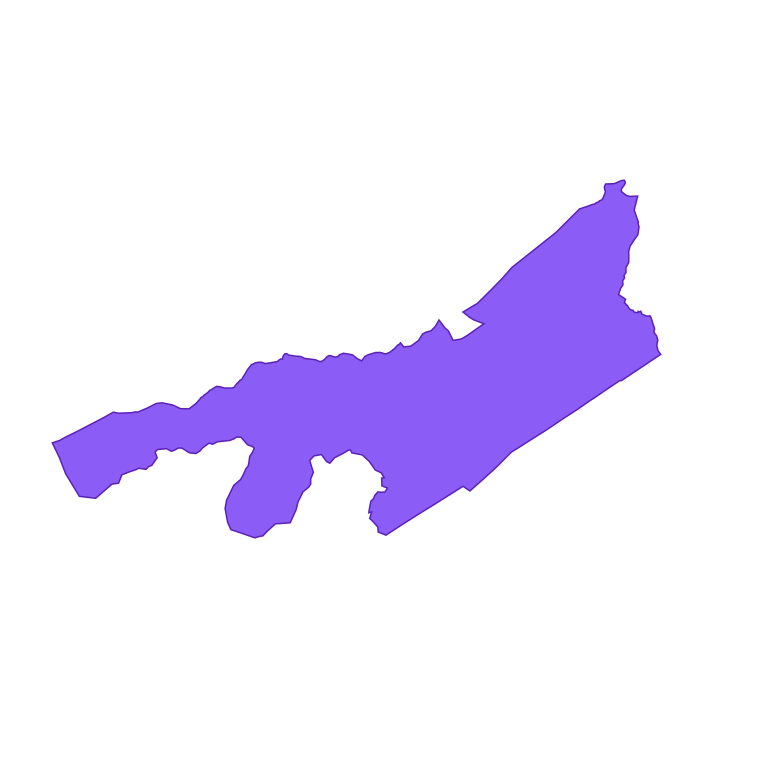 Epe, Lagos, Nigeria, rotated 146°
{"feature_id": "59680162B97817900806996", "entity_name": "Epe", "entity_type": "district", "adm_level": 2, "iso_a3": "NGA", "parent_name": "Nigeria", "parent_adm1": "Lagos", "projection": "mercator", "projection_center": [3.96, 6.53], "detail": "fine", "context": "isolated", "style": "filled", "palette": "violet", "viewbox_px": 768, "rotation_deg": 146, "n_neighbors": 0, "source": "geoboundaries", "source_scale": "gbopen_adm2", "svg_char_len": 4747}
<svg xmlns="http://www.w3.org/2000/svg" viewBox="0 0 768 768"><g transform="rotate(146 384 384)"><path d="M461.6,257.5L451.7,257.4L443.4,257.2L430.3,256.8L424.0,256.6L408.9,256.0L392.4,255.5L390.7,255.4L385.3,255.3L381.5,255.2L375.7,255.0L375.1,253.6L372.6,247.3L363.6,248.5L363.4,248.5L355.8,249.5L341.7,251.5L334.2,252.8L318.3,256.0L316.7,256.3L309.1,256.0L305.1,255.9L296.3,255.7L279.1,255.2L274.9,255.1L254.7,255.1L245.6,254.9L237.1,254.8L222.6,255.0L216.4,254.9L201.4,255.0L193.0,255.0L186.9,255.0L185.1,254.0L184.4,254.0L172.8,254.0L159.6,253.9L138.1,253.8L138.2,258.4L136.4,263.1L134.7,265.2L132.6,267.0L131.0,271.7L131.3,273.3L131.2,276.3L130.5,276.7L130.2,277.5L129.1,277.9L128.3,279.6L127.6,282.6L125.4,290.0L125.3,291.1L125.5,292.1L127.0,292.4L128.2,293.5L130.0,295.9L131.2,298.1L130.6,299.3L130.5,300.7L131.4,300.7L131.8,301.0L132.0,301.2L132.7,302.1L133.1,301.2L133.9,301.4L134.5,301.8L135.4,302.8L136.2,303.5L136.4,304.0L136.5,304.4L136.4,304.9L136.3,305.8L137.4,306.9L137.7,307.1L138.0,307.8L138.4,308.9L138.6,309.2L138.6,309.6L138.5,309.9L138.5,310.2L138.5,310.6L138.6,311.1L138.4,311.7L138.4,312.2L138.4,312.6L138.3,312.9L138.3,313.2L138.6,313.3L138.9,313.5L139.0,314.1L138.8,314.5L138.9,314.8L138.8,315.7L139.4,316.7L137.7,318.3L136.3,319.1L139.5,326.9L134.5,330.9L130.4,332.6L128.4,336.2L125.4,337.3L124.3,339.8L121.2,341.0L118.2,345.3L113.3,347.8L108.9,354.0L107.3,356.8L103.0,360.6L97.3,363.0L90.1,365.8L84.8,371.5L83.6,375.2L82.7,375.7L79.3,388.3L68.6,397.9L75.2,402.0L77.6,404.7L79.4,410.2L79.3,410.9L78.9,412.2L77.8,413.0L76.3,413.6L73.4,414.6L71.7,415.6L71.1,416.4L70.9,417.4L70.9,418.4L71.0,418.8L72.0,419.2L73.1,419.8L76.0,420.4L80.7,421.2L82.0,421.9L88.5,425.9L91.1,424.2L92.2,421.9L92.7,420.1L94.1,418.6L95.7,417.6L98.2,415.8L100.6,414.8L102.7,415.4L104.6,415.0L106.6,415.6L108.9,415.4L109.9,415.9L111.2,416.4L115.8,417.5L123.9,419.8L156.6,413.5L212.9,409.1L226.5,405.5L241.4,402.4L261.9,398.5L264.3,398.8L278.3,399.5L275.8,391.5L273.8,387.1L268.8,379.9L267.4,378.1L287.5,377.7L293.5,378.0L295.2,378.3L302.3,381.5L300.9,391.9L302.1,396.3L302.6,406.3L309.1,403.1L315.3,401.8L320.2,403.5L324.1,403.9L330.9,400.8L340.6,400.4L346.9,403.7L347.3,408.9L349.8,408.3L350.7,408.6L354.3,407.8L356.2,407.3L357.2,407.5L358.6,407.1L360.5,407.2L362.1,407.0L363.5,407.5L364.8,407.7L365.8,408.0L366.3,408.6L367.0,409.1L368.0,410.7L369.1,411.6L369.8,412.6L371.4,413.4L372.9,414.6L375.9,415.6L380.8,417.1L384.5,417.5L389.6,415.7L392.0,420.0L393.8,425.7L396.0,428.0L400.5,432.2L404.4,433.1L407.0,432.6L408.8,433.2L411.3,435.6L412.0,437.0L413.3,438.1L415.6,438.6L419.4,437.6L423.1,437.6L424.8,438.6L426.4,441.0L426.7,441.7L427.9,443.0L435.4,449.5L437.6,453.3L442.5,457.2L446.8,461.3L447.7,463.6L449.5,464.5L451.7,463.7L454.6,461.4L455.8,462.5L458.5,462.6L459.6,462.1L467.2,465.5L470.9,467.3L473.6,470.7L476.4,472.5L479.4,473.6L481.8,473.8L482.5,474.2L483.2,474.1L485.6,473.4L489.4,472.1L496.3,468.8L497.4,468.4L499.0,467.5L500.0,467.3L501.0,467.7L504.5,466.7L505.0,466.9L509.3,465.4L511.0,465.1L513.8,466.6L514.7,467.3L518.4,469.8L521.6,473.5L524.2,475.7L531.0,475.9L531.8,476.2L534.8,475.5L537.0,475.4L540.1,475.3L540.9,474.8L542.4,475.1L543.9,475.0L545.1,474.4L550.7,473.0L559.5,472.4L566.4,477.3L568.2,480.2L571.0,484.9L578.5,492.5L583.6,495.2L594.0,496.5L604.7,498.6L605.0,499.5L609.4,501.4L620.2,508.1L624.2,512.0L635.9,513.0L666.6,516.5L677.2,518.0L684.5,518.6L691.9,520.7L694.2,504.9L698.1,487.6L699.4,461.2L686.9,450.5L665.6,453.1L659.5,450.2L652.1,455.3L644.5,453.6L636.8,451.5L634.6,451.4L629.1,446.4L625.4,447.1L625.0,447.1L622.0,446.4L613.3,449.7L611.8,455.6L608.4,456.3L600.5,452.0L597.9,447.1L594.7,446.3L590.2,445.9L587.3,443.7L583.8,435.7L578.8,431.6L574.2,431.4L569.9,432.5L562.1,432.8L559.8,429.9L554.5,429.3L543.8,423.6L539.2,422.4L535.8,422.4L532.3,419.8L531.1,410.0L529.0,407.0L528.0,405.5L527.5,403.4L530.9,401.0L535.8,399.1L539.7,394.7L542.7,391.8L545.7,391.1L551.0,387.7L556.3,385.0L565.2,384.0L567.0,383.0L579.5,375.7L585.4,369.6L591.0,356.7L592.4,348.9L588.1,343.3L578.1,330.1L576.8,328.5L572.0,327.1L569.4,325.8L563.3,327.2L552.3,328.8L539.4,321.4L527.2,328.9L521.3,334.3L511.4,339.9L504.2,340.6L500.8,341.9L497.8,346.4L492.0,350.2L490.7,354.5L490.0,356.8L488.3,362.2L482.2,363.5L475.3,360.5L475.0,351.9L473.2,348.6L466.2,350.5L455.2,349.2L450.5,349.1L448.7,348.0L449.2,345.0L448.8,344.5L443.3,339.0L443.2,338.9L441.7,337.4L439.5,328.2L439.3,317.5L436.0,312.0L436.2,307.6L436.2,306.3L438.6,307.3L440.3,304.5L442.7,300.7L439.4,295.8L443.0,294.1L444.3,294.3L446.3,295.4L449.5,298.0L454.2,296.7L456.8,294.7L460.2,294.3L464.2,290.5L468.6,285.8L465.8,284.8L470.1,281.3L471.1,280.5L470.7,279.1L469.9,275.4L469.1,268.8L471.6,264.5L466.9,257.6L461.6,257.5Z" fill="#8b5cf6" stroke="#5b21b6" stroke-width="1.5"/></g></svg>